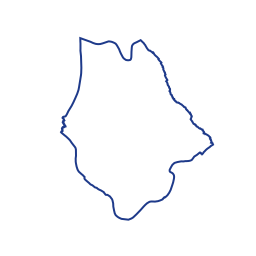 the district of Lamduan, Surin, Thailand, rotated 117°
{"feature_id": "78962969B18818398645173", "entity_name": "Lamduan", "entity_type": "district", "adm_level": 2, "iso_a3": "THA", "parent_name": "Thailand", "parent_adm1": "Surin", "projection": "orthographic", "projection_center": [103.663, 14.716], "detail": "fine", "context": "isolated", "style": "outline", "palette": "blue", "viewbox_px": 256, "rotation_deg": 117, "n_neighbors": 0, "source": "geoboundaries", "source_scale": "gbopen_adm2", "svg_char_len": 5416}
<svg xmlns="http://www.w3.org/2000/svg" viewBox="0 0 256 256"><g transform="rotate(117 128 128)"><path d="M188.6,77.7L186.3,76.8L185.7,76.4L184.4,75.6L183.8,75.1L183.1,74.2L182.6,73.3L181.3,70.5L180.5,69.4L179.6,68.1L178.2,66.7L176.2,65.0L175.7,64.7L175.2,64.8L174.9,64.7L173.8,64.1L173.6,64.3L173.1,64.1L173.0,63.5L171.9,63.0L169.9,62.3L168.3,62.1L167.1,61.9L165.5,61.9L163.8,61.9L158.9,62.6L155.9,63.1L152.5,64.0L150.6,64.7L149.9,65.2L149.3,65.6L148.8,66.3L148.5,66.8L148.2,67.4L148.0,68.4L148.0,70.0L147.9,70.8L147.6,71.2L146.8,71.7L146.2,71.9L143.5,71.9L141.7,71.8L140.5,71.7L139.6,71.3L138.4,70.9L137.8,70.5L135.9,68.5L133.6,65.5L132.4,63.1L131.7,62.2L130.2,59.5L129.1,58.0L128.1,57.1L127.7,56.8L127.2,56.6L124.8,56.2L123.4,56.0L120.5,54.3L117.7,53.1L117.2,52.8L117.5,51.8L117.2,51.7L117.5,50.7L117.8,50.1L116.7,49.7L116.0,49.6L115.3,49.6L114.2,49.2L112.1,48.6L110.4,47.9L107.8,46.5L106.6,46.1L104.2,44.7L103.8,45.2L103.2,45.7L103.2,46.2L103.4,47.3L103.1,47.3L102.8,47.0L102.6,47.0L102.0,47.7L101.7,47.9L101.5,48.5L100.9,48.7L100.5,49.8L100.3,49.7L100.1,49.8L99.9,49.8L99.6,50.4L99.5,50.5L99.2,50.3L98.9,50.7L98.9,50.9L98.8,51.1L98.7,51.8L98.5,52.1L98.4,52.5L98.3,52.9L98.3,53.1L98.2,53.5L98.2,53.9L98.1,55.0L98.1,56.2L98.3,56.4L98.1,56.6L98.1,57.0L98.3,57.5L98.5,58.2L98.4,58.3L98.1,58.1L97.4,58.1L96.8,58.8L96.8,59.3L96.1,60.1L96.2,60.5L95.6,60.9L95.8,61.4L95.7,61.7L95.7,62.0L95.8,62.6L95.5,63.3L95.6,63.5L95.9,63.7L95.9,64.3L95.9,64.6L95.5,66.0L95.3,66.5L95.3,67.1L95.5,67.3L95.5,67.6L95.1,68.2L94.9,69.1L94.5,69.1L94.4,69.2L94.3,70.3L94.4,70.6L94.4,71.1L94.5,71.4L94.3,71.6L94.2,71.9L93.6,73.0L93.0,73.6L93.0,73.9L92.6,74.5L92.3,75.2L91.9,75.9L91.7,76.2L91.2,76.1L90.8,76.2L89.6,76.4L89.4,76.6L89.2,76.6L88.9,76.4L88.7,76.6L88.4,76.7L88.3,77.0L87.7,77.9L87.5,78.4L87.2,78.3L86.9,78.8L86.5,79.3L87.0,79.4L87.0,79.5L86.3,80.8L86.0,81.6L85.9,82.1L85.4,82.8L85.4,83.5L85.0,83.9L85.0,84.6L83.6,86.1L83.6,86.4L83.8,86.8L83.7,87.3L83.8,87.8L83.3,88.6L83.2,89.6L82.7,91.0L82.8,91.4L82.8,91.9L82.7,93.1L82.5,93.7L82.7,94.4L82.5,94.7L82.5,94.8L82.8,95.2L83.1,96.4L82.8,96.7L82.8,97.0L82.4,97.8L82.6,98.1L82.5,98.4L82.0,99.0L82.1,99.3L81.7,99.8L81.6,100.1L81.2,100.2L81.3,100.4L81.5,100.5L81.3,100.8L81.3,101.1L80.6,101.7L80.6,102.0L80.3,102.0L79.8,103.0L79.6,103.1L78.9,103.8L79.1,104.1L78.5,105.0L78.4,105.5L77.3,106.2L77.2,106.5L76.4,107.1L76.3,107.7L76.1,107.7L75.7,107.9L75.5,107.7L75.2,107.7L75.0,107.9L74.6,108.0L74.1,108.3L73.7,108.9L73.7,109.2L73.4,109.6L73.0,110.0L72.6,110.2L72.4,110.7L71.9,111.4L71.8,111.9L71.5,112.1L71.2,112.5L70.8,112.6L70.6,113.0L69.7,113.7L69.0,115.2L67.4,114.7L65.7,117.4L64.4,119.0L64.2,119.1L63.4,118.8L62.7,119.7L62.3,119.8L62.0,120.1L61.9,120.6L61.4,120.9L61.3,121.3L60.9,121.7L59.9,123.1L59.1,123.4L58.7,123.6L58.6,123.8L58.1,124.7L57.8,124.5L57.7,124.5L57.4,125.0L56.9,125.5L56.8,125.9L56.6,126.4L55.9,127.4L55.7,127.8L55.6,128.0L55.1,128.0L54.6,127.9L54.2,128.8L54.1,129.4L53.6,130.8L53.0,132.1L52.9,132.1L52.4,132.0L51.5,134.4L51.1,136.2L50.5,137.9L49.3,139.6L49.2,140.0L49.8,140.2L49.4,141.3L49.3,142.4L49.1,143.6L49.3,143.8L49.3,144.0L49.4,145.0L49.2,145.5L48.6,146.7L48.2,147.5L46.7,149.8L46.3,150.3L45.9,151.4L45.4,152.1L44.0,156.6L47.7,159.3L49.2,160.5L50.1,161.1L50.8,161.4L51.7,161.6L52.7,161.7L53.3,161.6L54.5,161.2L58.5,159.5L60.8,158.4L62.7,157.5L63.6,157.1L64.8,156.8L65.5,156.7L66.0,156.8L66.4,157.0L66.9,157.6L67.6,158.6L68.2,160.3L68.3,160.7L68.1,162.3L67.9,163.3L67.7,163.9L67.1,165.0L66.4,166.0L65.0,168.0L63.4,170.0L61.9,171.6L59.9,174.6L59.0,176.1L58.5,177.3L58.4,178.1L58.4,179.6L58.6,181.6L59.0,183.0L59.4,184.1L59.7,184.7L64.2,189.1L65.8,190.9L66.9,192.8L67.7,195.0L67.9,196.3L68.1,197.7L68.2,200.5L68.6,203.5L69.6,211.3L72.4,209.8L74.3,208.7L79.2,206.2L80.7,205.5L85.3,202.5L95.5,196.9L100.4,194.6L102.5,193.8L113.7,190.2L116.5,189.4L120.5,188.8L125.4,188.5L130.0,188.3L133.9,188.3L140.1,188.8L143.4,188.7L144.7,188.8L145.8,188.9L146.0,189.0L147.3,190.6L147.7,190.9L148.5,191.0L148.7,190.9L148.9,190.7L148.8,190.0L148.8,189.8L149.4,189.1L149.7,188.7L150.0,188.5L150.2,188.1L150.5,188.2L150.3,188.7L150.3,189.0L150.9,189.0L151.9,188.4L152.1,188.5L152.2,188.8L152.4,188.8L152.6,188.0L152.9,188.1L153.1,188.0L153.2,187.1L153.5,186.5L154.0,186.7L154.4,186.1L154.3,185.6L154.5,184.9L154.8,184.4L155.0,184.3L155.3,184.7L156.3,185.3L156.4,185.5L156.4,186.0L156.7,186.2L156.8,186.5L157.2,186.6L157.4,186.6L157.7,186.3L158.1,186.7L158.4,186.7L159.3,186.0L159.3,185.6L159.4,185.4L160.0,185.2L160.4,184.9L160.5,184.9L160.8,185.1L161.2,185.7L161.5,185.7L162.1,185.8L162.4,185.2L163.2,181.7L163.5,180.3L163.6,179.6L164.1,177.8L164.4,176.8L164.7,175.8L165.3,174.1L166.7,171.6L169.2,166.3L169.7,165.6L170.3,165.1L170.9,164.6L176.4,161.7L178.9,160.8L181.9,159.2L183.3,158.2L185.7,156.3L188.0,154.0L189.2,152.1L190.3,148.1L190.4,147.3L191.4,144.4L191.9,144.3L192.4,144.1L192.9,143.7L193.3,143.1L193.8,141.4L194.7,137.6L195.2,136.1L195.3,135.2L195.2,134.1L195.3,133.1L195.5,132.4L195.9,130.4L195.8,129.9L195.5,128.7L195.8,127.9L196.0,126.4L196.0,125.3L195.9,123.5L196.1,121.4L196.1,120.8L196.1,120.6L196.5,120.1L196.8,119.3L197.5,117.9L197.6,117.4L197.2,116.5L196.9,115.9L197.0,114.8L197.2,113.0L198.7,109.9L199.5,109.0L201.9,107.0L204.7,105.4L207.9,102.9L210.0,101.1L211.1,99.6L211.3,99.2L211.8,97.3L212.0,95.9L212.0,94.3L211.9,92.5L209.5,86.0L207.0,83.8L205.3,82.8L201.1,81.3L195.5,79.6L190.9,78.4L188.6,77.7Z" fill="none" stroke="#1e3a8a" stroke-width="2"/></g></svg>